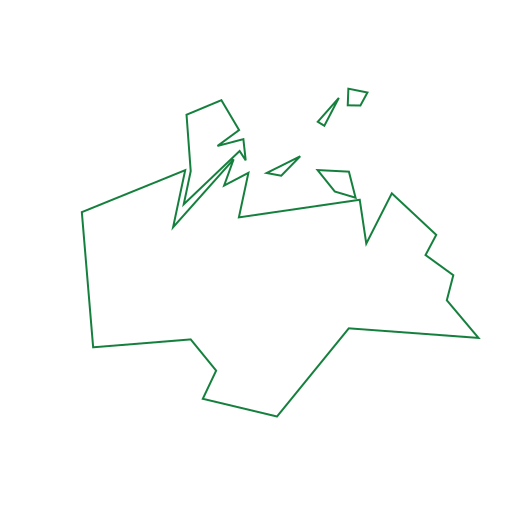 map outline of Finland Proper (orthographic projection), rotated 161°
{"feature_id": "FIN-3191", "entity_name": "Finland Proper", "entity_type": "Region", "adm_level": 1, "iso_a3": "FIN", "parent_name": "Finland", "parent_adm1": "", "projection": "orthographic", "projection_center": [22.144, 60.47], "detail": "coarse", "context": "isolated", "style": "outline", "palette": "green", "viewbox_px": 512, "rotation_deg": 161, "n_neighbors": 0, "source": "natural_earth", "source_scale": "10m", "svg_char_len": 763}
<svg xmlns="http://www.w3.org/2000/svg" viewBox="0 0 512 512"><g transform="rotate(161 256 256)"><path d="M406.4,354.2L295.0,360.2L325.0,310.2L245.7,354.7L263.2,333.0L236.1,337.1L259.6,298.1L139.6,275.4L147.7,231.8L107.2,271.0L78.7,217.3L95.4,201.7L75.7,173.6L90.0,152.0L72.3,106.1L191.8,157.4L288.4,97.4L352.8,138.3L331.0,160.6L344.9,198.4L439.7,222.7L406.4,354.2ZM237.3,360.6L307.5,328.4L290.1,357.5L275.7,412.2L238.0,414.6L231.0,380.6L256.6,372.6L229.9,370.6L234.6,349.8L237.3,360.6ZM169.8,317.2L140.7,305.5L142.9,278.7L160.5,291.3L169.8,317.2ZM181.7,335.9L206.0,323.7L218.9,331.0L181.7,335.9ZM126.2,378.5L149.0,356.9L153.9,362.8L126.2,378.5ZM97.4,374.3L108.3,364.3L120.2,368.6L114.2,384.1L97.4,374.3Z" fill="none" stroke="#15803d" stroke-width="2"/></g></svg>